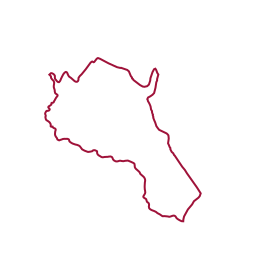 Malacatán, San Marcos, Guatemala, rotated 295°
{"feature_id": "79465075B54780709245522", "entity_name": "Malacatán", "entity_type": "district", "adm_level": 2, "iso_a3": "GTM", "parent_name": "Guatemala", "parent_adm1": "San Marcos", "projection": "albers", "projection_center": [-92.12, 14.914], "detail": "fine", "context": "isolated", "style": "outline", "palette": "rose", "viewbox_px": 256, "rotation_deg": 295, "n_neighbors": 0, "source": "geoboundaries", "source_scale": "gbopen_adm2", "svg_char_len": 5659}
<svg xmlns="http://www.w3.org/2000/svg" viewBox="0 0 256 256"><g transform="rotate(295 128 128)"><path d="M103.2,215.7L111.9,200.5L114.0,197.3L115.8,193.5L122.8,181.9L122.9,181.3L124.2,179.7L124.8,177.7L126.5,175.5L127.8,174.8L128.4,173.7L129.8,172.3L131.0,170.8L135.6,169.4L137.5,168.3L138.4,167.7L138.9,166.8L139.4,165.3L139.5,157.0L140.5,155.0L141.7,152.9L142.8,151.9L144.6,150.2L145.9,148.7L148.0,146.5L148.6,146.4L150.1,145.0L150.6,145.0L151.4,144.0L152.7,142.9L153.4,142.7L154.5,141.1L157.0,139.4L157.9,138.5L159.3,136.9L160.9,134.6L161.8,134.0L162.3,133.3L164.1,133.3L166.1,134.8L168.5,136.2L170.7,136.9L176.1,135.9L181.5,134.3L183.4,134.3L184.6,133.7L189.3,132.9L190.2,131.4L192.6,128.9L193.3,127.7L192.3,126.8L189.1,126.6L182.6,127.3L180.3,128.1L176.2,128.6L174.0,127.7L172.3,125.5L171.8,123.8L172.0,120.8L173.8,112.7L174.6,111.5L174.6,110.8L175.5,110.2L176.2,108.7L179.7,104.9L180.3,102.8L179.6,96.2L179.2,95.7L178.5,92.4L178.4,83.0L178.9,73.3L178.7,71.2L177.6,70.4L173.6,69.5L173.1,69.1L173.1,67.4L171.6,66.5L163.5,64.9L157.2,63.3L156.4,63.0L155.6,62.7L154.9,62.4L153.8,62.2L152.8,62.0L152.2,62.1L151.2,62.5L150.8,62.7L150.3,62.8L149.4,62.8L148.9,62.6L148.5,62.4L148.3,62.0L148.0,61.6L147.9,61.1L147.9,60.5L147.9,59.8L148.1,59.2L148.3,58.6L148.5,57.9L148.7,57.2L149.3,55.2L149.6,53.4L149.7,52.8L150.1,52.2L151.1,50.8L151.6,50.4L152.2,49.7L152.6,49.0L152.6,48.1L152.4,47.8L151.8,47.4L151.1,47.1L150.2,46.8L148.6,46.6L146.3,46.5L145.1,46.5L144.0,46.5L142.4,46.6L141.6,46.5L141.0,46.3L140.4,46.1L140.1,45.3L140.2,44.7L140.3,44.2L140.7,43.1L141.1,42.5L141.5,41.5L142.0,40.9L142.5,40.6L143.2,40.2L144.2,39.8L144.6,39.4L145.0,38.7L145.4,37.7L145.5,36.4L145.4,35.7L145.1,35.0L144.2,34.6L143.1,34.2L142.8,35.1L142.6,35.6L142.4,36.0L142.0,36.5L141.4,36.8L141.0,37.1L140.7,37.4L140.3,38.1L140.0,38.7L139.6,39.7L139.4,40.3L139.1,40.9L138.4,41.5L137.9,41.9L137.5,42.1L137.1,42.2L136.6,42.4L135.5,42.7L135.0,42.9L134.6,43.0L134.1,43.3L133.6,43.5L133.3,43.8L132.8,44.2L132.0,45.0L131.5,45.4L131.1,45.7L130.7,45.9L130.3,46.1L129.9,46.4L129.4,46.8L128.9,47.2L128.7,47.7L128.5,48.5L128.4,49.2L128.3,49.8L128.0,50.3L127.5,50.5L127.0,50.5L126.5,50.4L125.9,50.2L125.5,50.1L124.8,50.0L123.9,50.0L123.5,49.9L123.1,49.8L122.3,49.9L121.8,49.8L121.3,49.7L120.9,49.7L120.3,49.8L119.6,49.6L119.1,49.2L118.9,48.8L118.6,48.3L118.3,48.1L117.8,48.2L117.3,48.5L116.8,48.6L116.2,48.3L115.4,47.9L114.5,47.3L114.1,47.0L113.6,46.9L113.1,47.0L112.8,47.4L112.5,48.0L112.4,48.4L112.2,48.8L111.7,49.2L111.2,49.2L110.7,49.1L110.2,48.7L109.8,48.2L109.4,47.6L109.2,47.2L108.6,46.8L107.5,46.7L106.6,46.7L106.1,46.8L105.5,47.2L105.0,47.7L104.6,48.1L104.1,48.4L103.5,48.4L103.0,48.5L102.6,48.8L102.1,49.2L101.6,49.5L101.2,49.9L100.9,50.2L100.7,50.8L100.6,51.2L100.4,52.9L100.2,53.7L100.1,54.2L99.9,54.7L99.5,55.3L99.2,55.8L98.8,56.2L98.4,56.5L97.6,56.9L96.9,57.2L96.7,57.9L97.1,58.4L97.4,59.0L96.9,59.5L96.7,60.2L96.6,61.2L96.7,61.8L96.6,62.4L96.3,62.9L95.9,63.2L95.5,63.3L95.0,63.4L94.1,63.5L93.3,63.8L92.6,64.0L92.2,64.2L91.6,64.4L90.9,64.9L90.5,65.2L90.1,65.7L89.7,66.2L89.3,66.9L89.1,67.3L88.8,67.8L88.6,68.1L87.8,68.8L87.7,69.3L87.7,69.8L87.7,70.3L87.7,70.8L88.7,71.8L89.6,72.8L90.3,73.4L90.6,73.8L90.8,74.1L91.4,75.1L91.6,75.7L92.2,76.9L92.5,77.4L92.6,78.1L92.7,78.6L92.6,79.2L92.2,79.7L91.9,80.0L91.4,80.3L91.1,80.7L90.8,81.7L90.7,82.3L90.6,83.1L90.5,84.3L90.6,85.4L90.7,86.6L90.8,87.3L90.9,87.9L91.1,88.6L91.2,89.1L91.2,89.9L91.3,90.5L91.2,91.4L91.0,92.3L90.7,92.8L90.2,93.7L89.6,94.9L89.3,95.3L89.2,96.5L89.1,98.3L89.2,99.5L89.3,100.9L89.3,101.3L89.5,102.0L89.7,102.4L90.5,103.6L90.9,104.2L91.5,104.9L91.8,105.3L92.3,105.6L92.8,105.7L93.3,106.2L93.7,106.9L93.9,107.5L93.9,108.1L93.9,108.7L93.9,109.2L93.8,109.8L93.1,110.2L92.6,110.4L91.9,110.9L91.4,111.5L91.1,112.1L90.8,112.9L90.8,113.4L90.7,114.3L90.5,116.1L90.6,116.9L90.7,117.3L91.1,118.0L91.9,119.1L93.0,121.2L93.4,122.0L93.9,122.6L94.3,123.3L94.6,123.8L94.8,124.2L94.9,125.2L94.8,125.9L94.6,126.2L94.2,126.7L93.5,127.4L93.1,127.9L92.9,128.5L92.7,128.9L92.7,129.4L92.6,130.2L92.6,130.9L92.8,131.5L93.0,132.1L93.3,132.5L93.9,133.3L94.6,134.0L94.9,134.5L95.2,135.2L95.3,135.8L95.6,136.8L95.9,137.7L96.4,138.4L97.0,139.2L97.3,139.7L97.6,140.2L98.0,140.9L98.2,141.2L98.4,141.8L98.5,142.4L98.5,143.2L98.6,144.6L98.6,145.5L98.6,146.6L98.6,147.7L98.5,148.3L98.2,149.0L97.9,149.2L97.5,149.5L96.7,150.0L95.6,150.6L95.2,151.0L94.8,151.5L94.3,152.5L93.9,153.9L93.2,156.2L93.0,156.7L92.8,157.2L92.5,157.6L92.2,157.9L91.9,158.2L91.5,158.8L91.4,159.3L91.1,160.2L90.9,161.0L90.7,161.6L90.6,162.0L90.3,162.9L90.0,163.6L89.2,164.6L88.7,165.1L88.1,165.5L87.5,165.8L86.6,166.1L85.8,166.3L85.3,166.5L84.8,166.7L83.5,167.2L81.6,168.0L80.7,168.5L79.4,169.2L78.8,169.7L78.2,170.1L77.5,170.5L77.2,170.7L76.8,170.9L76.4,171.0L75.8,171.1L74.5,171.0L73.6,170.9L73.3,170.9L72.7,170.8L72.3,170.9L71.8,171.3L71.5,172.2L71.3,174.0L71.1,174.6L70.4,175.2L69.6,175.9L69.1,176.5L69.0,177.0L68.8,178.0L68.5,178.6L67.8,179.3L66.7,179.8L65.6,180.1L65.2,180.4L64.8,180.7L64.5,180.9L64.2,181.2L63.9,181.9L63.8,182.3L63.6,183.7L63.6,184.2L63.7,185.7L63.8,186.5L63.8,186.9L63.8,187.6L63.8,188.4L63.7,189.2L63.5,189.9L63.3,190.6L63.2,192.7L63.2,193.2L63.0,194.3L62.9,195.0L62.8,195.5L62.7,196.2L62.7,196.6L62.8,197.0L63.1,197.4L63.4,198.0L63.6,198.4L63.7,198.7L64.7,201.6L64.8,202.1L64.9,202.7L65.2,203.3L66.1,204.3L67.0,205.2L67.5,205.8L67.8,206.2L68.1,207.0L68.1,207.7L68.0,208.1L67.9,208.5L67.1,209.7L66.8,210.2L66.7,210.7L66.5,211.3L66.4,212.1L66.3,213.0L66.2,214.4L66.2,215.2L66.2,215.9L66.5,216.8L66.8,217.5L68.6,216.8L71.5,216.2L79.5,216.7L85.8,218.4L89.5,218.7L94.6,221.3L96.5,221.8L99.5,221.5L103.2,215.7Z" fill="none" stroke="#9f1239" stroke-width="2"/></g></svg>